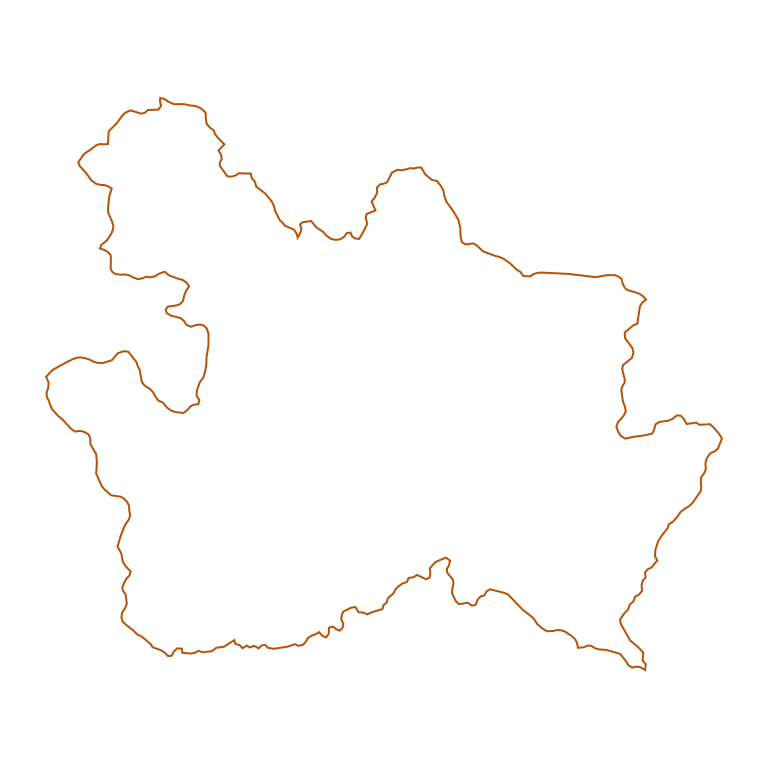 Salinas, Minas Gerais, Brazil (Mercator projection)
{"feature_id": "56859067B75317988286341", "entity_name": "Salinas", "entity_type": "district", "adm_level": 2, "iso_a3": "BRA", "parent_name": "Brazil", "parent_adm1": "Minas Gerais", "projection": "mercator", "projection_center": [-42.165, -16.086], "detail": "fine", "context": "isolated", "style": "outline", "palette": "amber", "viewbox_px": 768, "rotation_deg": 0, "n_neighbors": 0, "source": "geoboundaries", "source_scale": "gbopen_adm2", "svg_char_len": 6084}
<svg xmlns="http://www.w3.org/2000/svg" viewBox="0 0 768 768"><path d="M692.6,502.8L700.8,491.0L701.3,487.1L700.8,482.6L701.1,477.3L703.9,473.7L705.8,469.2L705.5,463.1L706.9,457.9L710.4,453.2L715.1,451.1L718.0,448.5L721.9,438.4L719.3,434.1L713.5,427.4L710.0,424.2L699.6,424.8L696.0,422.6L686.7,424.0L683.9,419.1L680.9,415.8L677.0,415.3L672.3,419.0L668.3,420.7L659.6,421.9L655.5,424.3L654.1,429.9L652.0,433.7L643.1,435.6L635.3,436.5L625.2,438.5L620.9,436.0L618.3,432.0L616.4,426.9L617.9,422.1L623.4,416.1L625.8,411.7L624.9,406.5L623.0,401.9L621.3,389.9L622.7,385.5L624.7,382.6L624.7,379.2L622.3,369.7L622.8,365.3L632.0,357.8L633.5,352.5L632.3,347.9L625.1,338.2L624.7,332.5L633.6,325.1L637.3,323.8L639.9,306.4L642.4,302.4L646.1,299.7L643.3,296.5L639.9,294.1L636.5,292.7L627.3,290.0L624.7,287.7L622.7,283.7L621.6,279.0L618.9,276.8L614.7,275.1L607.2,275.1L595.7,277.2L568.6,273.9L542.3,272.6L538.1,272.8L534.0,273.9L530.1,276.4L523.3,276.0L520.4,271.9L516.6,269.6L509.5,262.9L503.3,258.6L499.3,256.9L495.5,256.0L483.1,251.4L476.6,245.3L473.2,243.4L465.5,244.5L461.9,242.2L460.6,236.4L460.3,228.0L458.3,219.7L452.8,210.5L446.4,201.7L444.5,196.2L443.2,190.1L440.6,185.6L436.9,181.0L431.8,179.9L425.3,174.4L421.3,167.6L417.4,167.5L414.1,168.5L410.7,168.1L402.3,170.2L397.2,169.9L392.1,172.5L387.0,182.3L383.9,183.7L380.1,184.3L377.0,187.5L377.2,192.6L374.6,197.9L371.6,201.4L375.5,210.4L366.6,214.0L365.7,218.2L367.3,223.5L363.5,231.5L359.1,238.9L355.3,238.5L352.2,236.6L350.5,232.6L346.7,233.1L344.3,236.6L340.7,239.2L335.9,239.9L331.0,238.9L326.1,235.4L323.8,232.4L316.1,227.1L311.1,221.0L302.7,222.3L300.0,224.5L301.5,228.8L300.2,233.1L297.7,237.6L296.6,233.6L294.1,229.7L284.9,225.7L282.7,222.9L279.9,220.4L275.4,211.7L274.2,206.8L271.8,201.5L265.2,193.5L256.3,186.7L255.0,182.0L251.7,177.9L250.9,173.6L238.7,173.3L235.5,175.5L231.6,176.6L227.3,176.3L219.6,165.5L220.2,161.9L221.8,158.9L220.7,153.9L218.5,150.5L224.4,144.3L218.6,138.6L215.2,134.4L213.6,130.2L210.5,128.1L206.7,124.0L205.8,118.1L205.6,112.6L201.0,108.4L195.5,106.0L189.6,105.4L183.9,104.1L174.0,104.2L168.8,101.9L164.2,98.9L160.2,98.0L160.0,101.6L161.1,105.8L158.4,109.6L148.0,110.0L145.1,112.6L141.4,113.7L130.7,110.4L125.8,112.4L122.6,115.2L117.2,122.6L108.7,131.4L107.9,144.0L103.7,144.4L99.9,144.0L96.4,145.2L89.4,150.5L86.1,152.4L83.6,154.7L78.3,162.1L79.5,165.8L85.4,172.1L91.5,180.5L96.2,183.9L100.4,184.8L105.0,185.2L108.4,186.4L111.7,188.6L109.2,196.8L108.1,207.3L108.1,212.3L112.1,221.8L113.4,226.0L112.9,229.7L111.4,233.5L108.9,237.5L106.8,240.5L101.1,245.1L99.9,248.5L104.0,249.8L107.9,252.0L110.7,255.2L110.9,261.3L110.6,268.8L112.4,272.1L115.9,274.1L121.0,274.7L125.7,274.5L129.1,275.3L133.0,277.4L137.9,279.2L143.0,278.1L146.3,276.6L150.1,277.4L154.7,276.4L159.3,273.6L164.8,271.7L168.9,275.3L178.4,278.9L182.4,279.8L186.7,282.7L189.1,286.5L186.1,290.8L184.2,295.6L183.0,301.0L179.8,304.3L176.4,305.4L167.7,306.7L165.6,309.8L166.9,313.2L171.8,316.0L176.2,316.8L180.8,318.3L184.2,321.1L186.4,324.8L191.0,326.8L195.3,325.1L200.2,324.6L204.0,325.7L206.7,328.5L208.5,333.5L208.5,345.2L206.5,357.2L206.3,364.8L205.4,369.8L203.6,377.2L199.8,382.1L196.7,391.1L196.7,396.1L199.4,400.1L198.3,404.2L193.8,404.7L190.5,406.3L187.7,409.8L183.3,413.0L175.2,412.0L171.0,410.5L167.0,407.6L162.8,402.5L158.4,400.6L155.5,396.7L153.1,392.3L150.5,389.4L144.3,385.3L142.0,382.2L140.7,376.7L140.0,370.7L137.7,366.1L136.7,362.5L128.3,351.7L123.9,351.2L117.9,353.2L111.9,360.2L102.8,363.1L97.8,362.9L93.7,361.7L89.8,359.7L85.1,358.2L81.2,357.4L76.8,357.7L72.3,359.4L66.1,362.5L52.6,369.9L46.1,376.7L48.6,382.4L48.2,388.1L46.6,392.5L46.8,397.1L48.9,400.8L50.1,405.0L51.9,409.0L57.7,415.5L62.1,419.1L71.1,428.8L75.1,431.6L78.7,431.0L82.2,431.2L85.6,432.6L88.8,434.6L90.3,438.5L90.4,444.2L96.2,454.2L96.9,462.5L96.2,473.7L101.8,486.1L104.0,488.9L111.1,495.3L120.7,496.7L124.4,499.0L127.2,502.1L129.0,506.0L129.4,511.7L130.3,515.5L128.6,519.8L125.6,524.2L123.9,527.4L120.6,536.3L117.5,546.6L121.4,553.6L122.6,560.9L124.8,565.2L130.6,571.5L129.5,575.5L126.8,578.1L124.1,582.9L122.3,587.4L123.2,590.9L125.8,595.1L126.8,603.9L125.0,608.3L122.3,612.3L121.4,617.0L122.4,621.3L125.4,624.3L132.9,630.1L137.4,634.6L142.1,636.8L150.7,644.1L152.6,647.2L161.1,650.3L165.3,653.0L168.0,656.1L171.8,655.7L173.7,651.7L177.1,648.4L181.9,648.6L182.4,652.9L191.3,653.5L195.0,652.8L198.7,650.7L202.6,652.3L211.8,651.2L216.5,647.7L224.2,646.7L234.3,640.1L235.3,643.8L239.7,645.2L242.6,648.2L246.8,645.6L250.1,647.5L254.1,645.8L258.8,648.4L261.5,645.5L265.0,644.8L268.1,647.8L273.5,648.8L287.6,646.7L294.9,644.2L298.6,645.9L303.2,644.7L306.0,641.5L308.2,637.8L312.3,635.3L315.7,634.2L319.0,632.1L322.4,635.9L326.2,637.4L328.8,633.6L328.9,627.7L333.0,626.6L336.3,629.2L339.7,630.7L342.5,627.9L343.4,623.9L341.2,619.2L341.9,614.8L343.2,611.6L351.4,607.6L355.4,607.1L358.5,612.2L363.7,612.7L367.1,614.4L371.7,612.3L382.4,609.1L383.5,605.1L386.5,602.8L387.9,598.3L393.7,593.0L395.4,589.4L398.1,586.6L402.3,583.6L407.0,581.9L408.5,578.0L413.4,577.2L417.1,574.9L426.0,579.3L429.7,577.5L430.4,572.8L429.8,568.3L435.5,562.0L446.0,557.5L450.1,560.7L448.9,565.6L446.8,569.0L447.3,572.8L452.8,579.5L453.5,583.6L452.3,588.6L452.1,593.4L455.7,600.9L458.6,603.9L462.1,603.8L467.4,602.6L472.1,605.7L475.6,604.8L477.8,599.4L480.7,596.4L484.3,595.4L486.7,591.3L490.1,589.3L504.4,592.9L508.2,594.6L523.0,610.0L531.4,616.5L534.2,619.2L537.4,624.3L542.7,628.7L547.1,631.3L553.2,631.0L556.5,630.1L560.4,630.1L564.4,631.3L571.3,635.7L575.1,639.2L577.1,642.9L577.9,647.8L583.5,647.3L588.3,645.5L591.9,646.1L594.8,648.2L599.2,649.4L606.3,649.9L620.0,653.8L625.6,660.7L628.4,665.2L632.3,667.6L635.7,666.6L640.2,667.1L645.1,670.0L645.8,664.3L642.6,660.4L643.3,652.6L637.9,646.9L630.1,640.4L620.7,623.7L620.1,619.6L624.5,613.1L628.0,609.6L629.9,604.5L633.5,601.1L635.3,596.5L638.9,594.7L642.1,590.9L641.6,585.0L642.8,580.6L645.7,577.5L645.0,572.6L647.5,569.4L651.5,567.5L657.3,560.4L654.9,555.9L655.5,549.4L658.1,541.3L662.1,535.1L667.6,528.2L668.9,524.3L673.2,521.4L677.5,516.6L680.7,511.8L684.9,508.7L689.2,506.1L692.6,502.8Z" fill="none" stroke="#b45309" stroke-width="2"/></svg>